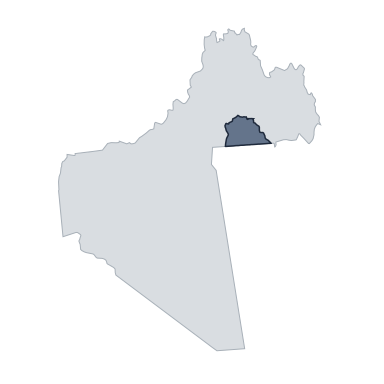 Nara, Koulikoro, Mali (highlighted), rotated 176°
{"feature_id": "8926073B7074311745372", "entity_name": "Nara", "entity_type": "district", "adm_level": 2, "iso_a3": "MLI", "parent_name": "Mali", "parent_adm1": "Koulikoro", "projection": "equal_earth", "projection_center": [-7.752, 14.805], "detail": "fine", "context": "in_parent", "style": "filled", "palette": "slate", "viewbox_px": 384, "rotation_deg": 176, "n_neighbors": 0, "source": "geoboundaries", "source_scale": "gbopen_adm2", "svg_char_len": 5150}
<svg xmlns="http://www.w3.org/2000/svg" viewBox="0 0 384 384"><g transform="rotate(176 192 192)"><path d="M73.1,302.5L73.2,300.9L72.1,299.7L72.1,299.2L72.7,294.4L72.7,293.2L73.1,290.8L72.4,289.7L72.3,288.9L70.6,285.8L70.1,283.2L69.2,281.4L67.2,280.9L66.5,282.4L66.0,282.6L65.3,281.5L65.0,280.6L65.0,279.8L62.4,275.7L62.6,273.5L63.6,272.3L64.0,270.4L63.0,268.2L63.2,266.1L63.1,263.2L61.6,260.6L60.6,259.5L59.7,257.7L60.4,253.6L59.0,250.1L61.8,251.5L63.1,250.2L64.5,248.4L65.6,246.0L66.1,243.1L66.3,240.6L67.5,236.7L68.8,234.8L71.6,232.1L72.4,232.3L77.0,238.1L79.6,241.1L80.5,242.6L81.4,242.6L82.7,239.8L84.1,237.3L84.6,236.7L89.2,236.4L91.7,236.9L93.8,237.6L96.8,237.8L104.8,236.0L104.9,234.8L104.8,233.4L105.2,232.4L105.8,231.4L106.4,231.2L106.6,234.5L107.3,235.0L109.2,235.1L168.4,235.1L170.7,218.1L166.4,211.9L150.4,32.0L178.2,31.9L183.0,35.9L273.7,114.4L274.2,117.0L274.1,120.5L274.9,121.6L276.2,122.7L281.3,126.1L281.8,126.7L282.0,128.1L282.6,129.9L283.7,130.9L285.0,131.6L286.5,132.1L291.2,132.7L292.2,133.5L294.3,136.6L295.4,137.2L301.6,138.9L303.7,139.8L305.9,141.2L307.1,142.5L307.2,147.4L308.2,150.6L308.1,151.4L307.2,152.7L307.0,153.7L305.9,156.2L306.1,157.2L308.4,159.1L309.4,159.7L310.7,159.7L323.8,156.4L325.0,202.6L324.6,203.4L324.4,211.6L323.5,216.5L321.9,220.0L320.9,225.4L320.3,226.4L319.9,229.5L318.9,231.3L317.2,232.0L314.2,235.4L314.0,238.2L306.8,236.6L306.3,236.7L306.0,237.0L305.9,238.5L287.5,239.4L278.4,240.0L272.8,246.3L269.1,246.9L264.5,246.4L262.1,246.4L261.2,246.7L261.0,247.8L253.7,244.6L250.9,245.6L250.5,245.3L250.1,244.6L248.8,244.2L246.7,244.4L245.2,244.9L240.6,249.8L238.1,251.1L233.4,254.1L230.2,256.6L229.0,257.1L227.2,257.2L225.7,257.7L224.4,263.4L223.5,264.0L217.9,261.7L216.8,262.1L215.8,262.7L212.7,266.1L211.2,268.8L210.4,272.3L210.6,274.7L210.0,275.4L208.6,275.6L206.0,274.8L205.2,275.1L204.9,276.9L204.9,280.8L204.4,283.4L202.8,284.2L201.7,285.2L200.7,285.5L200.0,285.3L195.4,281.3L193.9,280.7L192.2,281.2L190.6,282.8L187.7,286.9L188.0,288.4L188.9,290.0L189.4,292.1L189.4,294.0L185.3,296.7L186.3,298.6L186.2,304.0L184.3,306.4L183.6,308.0L181.8,309.7L180.2,310.7L175.2,312.1L173.2,313.8L172.3,315.1L172.0,316.6L172.2,318.3L173.2,321.8L172.9,325.0L172.1,328.8L171.3,330.4L169.0,332.3L169.4,334.8L169.6,338.3L169.2,342.8L168.5,345.9L168.0,345.6L165.7,345.7L163.3,346.7L162.4,347.4L162.3,348.5L160.2,350.9L158.9,350.8L157.6,350.1L156.9,349.5L156.8,349.1L157.6,347.1L157.6,346.4L156.8,343.0L157.0,342.1L156.7,339.5L156.5,339.3L153.8,340.5L153.7,341.0L154.1,342.7L153.8,342.9L152.9,342.9L151.5,342.3L150.1,340.8L149.7,341.3L149.6,342.5L149.5,344.0L149.8,346.6L149.5,347.5L147.2,347.4L145.3,347.7L144.8,348.6L144.6,349.7L145.0,350.9L145.0,351.3L144.2,352.1L143.8,352.0L142.7,350.7L138.5,349.5L138.2,347.7L137.7,347.7L136.3,345.6L135.8,345.6L135.3,346.0L133.7,345.8L132.2,347.7L131.2,350.0L130.0,351.1L128.3,351.6L128.6,350.2L128.0,348.1L124.4,345.6L123.8,344.5L122.9,338.8L122.9,337.1L123.2,335.5L123.1,334.4L122.7,333.5L121.6,332.6L120.4,332.2L119.0,333.3L118.3,333.6L117.6,333.5L117.3,333.1L117.3,332.5L118.9,329.4L119.7,328.1L121.2,326.6L121.6,325.8L121.7,325.2L121.5,324.8L120.5,324.2L118.9,322.8L118.0,322.6L117.3,322.0L116.6,319.7L116.2,319.3L115.5,319.1L114.8,318.5L114.8,313.1L113.3,309.0L111.9,303.8L111.2,302.6L110.0,301.5L108.4,300.8L107.0,300.6L105.5,301.2L105.5,301.7L106.4,303.4L106.5,304.3L106.4,305.2L106.1,305.8L104.0,306.4L101.2,308.2L100.3,310.4L99.6,310.7L98.6,310.4L91.2,306.7L88.1,308.3L86.0,311.6L85.6,312.7L84.6,313.6L84.1,313.6L83.5,313.0L81.4,308.0L80.5,306.9L79.3,306.8L78.3,307.6L77.3,309.3L76.0,310.8L75.1,311.3L74.4,311.0L71.4,307.7L71.2,307.0L72.6,303.1L73.1,302.5Z" fill="#d9dde1" stroke="#a8b0b8" stroke-width="1"/><path d="M125.5,260.8L127.6,261.1L129.7,261.2L131.1,261.3L131.1,260.7L131.7,260.6L132.1,261.0L132.6,263.1L133.7,263.1L134.9,263.4L135.8,263.3L136.4,263.1L137.9,263.5L138.9,263.7L139.5,264.2L140.3,264.9L140.9,265.2L142.5,263.8L144.6,262.7L146.1,262.2L146.3,261.8L146.8,259.9L147.4,259.5L150.2,258.5L150.6,257.5L151.1,257.3L153.1,258.0L153.6,257.6L153.9,256.8L154.4,256.1L154.4,254.6L154.0,253.4L153.5,250.7L152.7,249.3L151.7,247.2L152.0,246.0L153.5,243.5L154.0,242.3L155.1,237.8L155.5,235.2L155.2,235.1L154.2,235.1L152.6,235.1L150.7,235.1L149.4,235.1L148.9,235.1L148.4,235.1L148.0,235.1L147.1,235.1L145.8,235.2L144.3,235.2L142.6,235.1L142.4,235.1L141.6,235.1L140.8,235.2L140.0,235.2L139.7,235.2L137.4,235.1L134.8,235.2L133.6,235.2L131.4,235.1L129.3,235.2L128.2,235.1L127.9,235.1L126.5,235.1L125.5,235.1L124.8,235.1L124.0,235.1L122.6,235.2L121.8,235.1L119.9,235.1L119.4,235.1L118.5,235.1L118.4,235.1L117.2,235.1L116.5,235.1L115.8,235.1L114.6,235.1L113.4,235.1L112.9,235.1L112.3,235.2L112.0,235.1L111.4,235.1L110.4,235.1L110.1,235.1L109.8,235.1L110.1,235.7L110.9,236.5L111.0,236.7L111.7,237.4L112.2,238.1L114.5,239.6L114.7,240.0L115.2,240.7L115.3,241.2L115.4,242.9L116.5,245.8L117.2,246.4L118.9,246.5L120.0,246.8L120.2,247.2L120.5,248.7L120.4,250.5L120.3,251.8L120.6,252.9L122.3,254.1L123.3,255.1L124.3,256.4L125.5,256.8L125.7,257.1L125.7,257.8L125.6,258.3L125.8,259.6L126.0,260.0L126.0,260.3L125.5,260.8Z" fill="#64748b" stroke="#1e293b" stroke-width="1.5"/></g></svg>